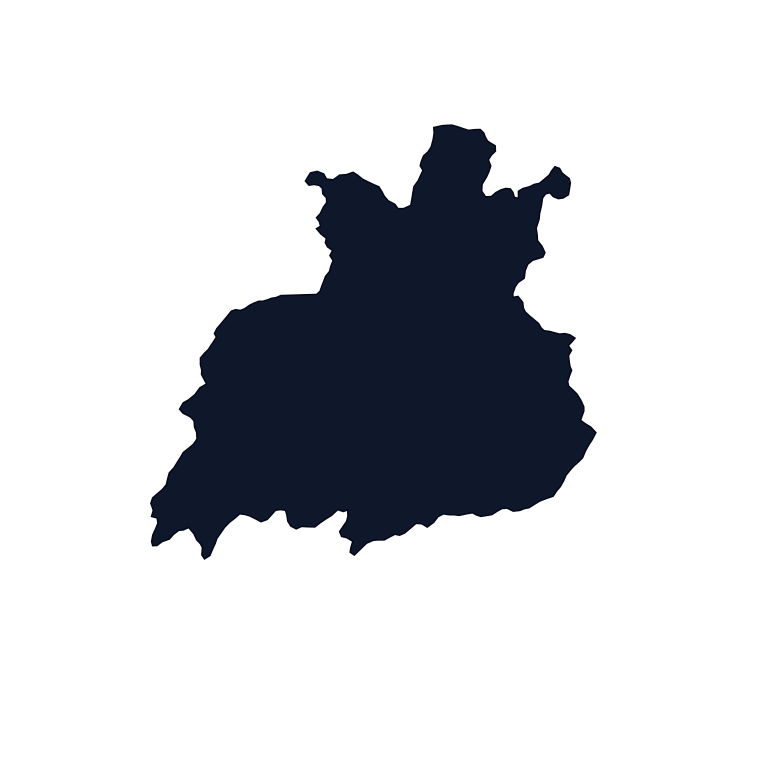 outline of Pau Brasil, Bahia, Brazil, rotated 224°
{"feature_id": "56859067B52793357327632", "entity_name": "Pau Brasil", "entity_type": "district", "adm_level": 2, "iso_a3": "BRA", "parent_name": "Brazil", "parent_adm1": "Bahia", "projection": "robinson", "projection_center": [-39.68, -15.46], "detail": "fine", "context": "isolated", "style": "filled", "palette": "ink", "viewbox_px": 768, "rotation_deg": 224, "n_neighbors": 0, "source": "geoboundaries", "source_scale": "gbopen_adm2", "svg_char_len": 4071}
<svg xmlns="http://www.w3.org/2000/svg" viewBox="0 0 768 768"><g transform="rotate(224 384 384)"><path d="M459.2,127.2L454.1,130.1L449.9,126.8L447.7,121.2L445.4,114.8L441.7,109.2L438.1,107.0L435.1,110.1L434.2,116.4L430.7,123.4L431.0,129.6L430.0,136.2L427.0,139.6L424.8,145.1L416.9,144.3L410.4,141.8L405.2,141.6L401.0,140.2L396.3,134.5L391.6,133.5L390.1,139.7L392.6,146.0L394.7,152.1L396.9,156.5L398.0,163.4L399.1,170.0L399.1,177.0L398.1,184.1L397.6,190.4L393.2,193.7L389.0,195.8L382.8,197.8L376.8,199.5L373.9,205.4L374.1,211.7L374.3,217.8L371.3,221.7L367.2,224.7L363.4,222.7L357.9,218.5L352.3,217.1L346.5,218.8L344.4,224.2L339.4,228.6L334.4,233.2L333.5,240.0L332.0,247.1L330.5,252.9L330.0,261.5L324.7,264.0L322.6,268.2L318.0,263.7L315.4,259.1L314.7,254.4L313.4,247.0L308.6,244.9L304.0,247.6L297.2,249.2L294.2,243.4L291.5,239.5L286.5,240.3L286.0,257.3L283.1,264.2L280.1,267.6L275.5,272.0L273.6,278.2L271.8,283.5L267.8,286.0L265.7,291.0L264.8,298.9L264.2,305.9L259.7,309.8L253.5,311.1L252.2,319.1L253.0,326.0L251.1,331.8L246.0,335.5L242.7,338.7L238.6,341.8L234.8,347.5L230.9,352.8L226.4,354.1L222.4,356.0L219.8,359.4L215.7,365.0L214.1,371.7L212.7,376.2L209.3,380.2L202.7,382.3L198.4,387.5L196.5,391.9L193.8,395.7L192.5,400.9L190.8,407.7L187.6,414.6L184.4,420.8L185.6,427.2L185.9,432.7L187.6,439.2L189.7,444.8L190.3,451.4L190.5,457.1L190.0,463.0L189.9,468.8L192.9,476.6L194.6,483.3L195.5,488.3L197.8,496.2L205.4,496.6L211.7,495.2L217.4,494.4L221.5,503.4L224.5,506.4L231.3,509.1L238.1,510.8L244.2,510.9L249.9,510.8L253.6,513.4L256.3,518.9L258.6,524.2L262.3,525.7L266.8,529.1L271.0,532.6L272.5,538.5L278.1,539.6L278.1,544.9L278.5,549.7L284.5,548.5L289.0,545.8L292.4,541.8L296.9,539.3L301.3,536.9L305.9,533.5L310.0,533.5L315.0,534.9L320.3,534.5L326.9,534.0L332.6,534.0L336.5,535.4L341.0,539.1L348.4,540.1L351.5,535.9L354.4,538.9L357.2,545.0L358.1,550.4L356.6,557.5L361.2,563.6L363.8,569.9L363.1,576.2L360.2,581.4L357.9,585.6L359.4,590.2L366.0,592.8L373.2,593.8L377.5,597.7L382.8,601.8L386.9,610.2L390.7,615.0L394.6,621.6L399.1,627.8L399.9,632.9L397.5,636.8L392.4,636.4L387.3,638.5L384.3,642.4L382.8,648.3L386.0,652.9L389.7,658.2L393.5,660.4L398.6,659.8L402.5,659.5L407.5,661.0L412.0,659.0L411.4,653.6L410.3,649.3L410.8,643.4L411.6,636.3L414.6,631.9L416.3,627.0L419.8,621.2L421.2,616.0L416.3,611.0L419.9,608.8L424.4,611.4L428.6,612.1L432.1,609.4L434.6,605.2L436.5,599.4L437.0,593.4L441.0,589.2L447.7,590.6L452.2,595.8L454.1,604.1L456.2,609.9L458.7,615.0L464.7,617.8L465.8,623.4L465.6,628.9L469.5,632.6L474.4,631.4L478.4,630.7L482.4,631.9L486.7,633.9L491.6,633.9L495.2,630.2L499.5,625.1L504.4,622.7L509.7,620.2L515.1,617.3L521.1,610.9L526.4,603.1L522.2,599.3L518.5,594.1L514.8,587.5L513.6,581.8L514.0,575.6L511.7,569.9L509.5,566.1L504.4,564.8L502.3,558.7L500.6,554.0L499.6,546.9L496.5,542.3L492.7,536.9L488.8,531.1L491.8,523.7L495.7,519.9L501.1,520.8L508.2,518.7L514.4,519.3L519.1,520.9L524.7,522.3L529.0,520.6L534.6,518.7L541.8,516.4L547.9,515.9L553.3,514.8L556.4,508.6L561.0,503.4L562.4,495.6L567.8,491.5L573.3,493.2L579.8,490.5L583.6,484.7L581.5,475.4L576.1,474.9L572.9,479.0L568.6,481.9L564.3,482.0L560.2,478.3L554.8,478.0L551.2,474.6L550.5,469.1L548.2,462.4L548.1,456.8L543.2,455.9L539.2,453.4L540.5,448.8L533.5,448.1L526.7,448.8L524.3,444.9L519.8,443.4L513.8,444.4L512.1,438.8L506.4,437.5L504.0,431.7L501.4,427.3L500.8,420.8L498.9,416.5L496.9,411.6L494.4,406.3L494.7,401.6L519.6,376.0L521.7,371.1L524.3,367.7L526.4,363.3L528.6,359.4L531.6,356.5L533.7,351.8L535.4,347.2L536.5,341.3L538.4,337.2L542.4,334.3L544.4,330.4L543.9,325.3L543.3,317.0L542.7,307.8L541.0,302.5L537.1,301.3L536.1,296.2L535.3,291.6L534.3,286.7L534.5,282.2L534.1,275.2L529.4,270.3L524.7,267.4L522.0,264.2L516.9,262.5L511.7,260.8L513.8,253.5L512.6,245.1L513.6,236.6L515.3,231.0L513.6,223.9L508.3,223.4L500.4,225.9L495.1,225.6L490.2,221.3L485.2,219.1L480.3,214.6L479.2,208.3L479.9,201.7L480.8,195.3L479.5,190.2L478.6,185.6L476.9,178.0L476.7,170.9L473.6,165.3L470.6,160.4L470.1,153.8L470.7,148.2L471.3,141.4L468.8,136.2L462.2,132.9L459.2,127.2Z" fill="#0f172a" stroke="#020617" stroke-width="1.5"/></g></svg>